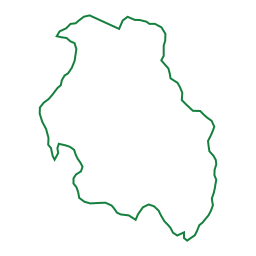 the district of Sarutaiá, São Paulo, Brazil
{"feature_id": "56859067B35433885833461", "entity_name": "Sarutaiá", "entity_type": "district", "adm_level": 2, "iso_a3": "BRA", "parent_name": "Brazil", "parent_adm1": "São Paulo", "projection": "orthographic", "projection_center": [-49.482, -23.259], "detail": "fine", "context": "isolated", "style": "outline", "palette": "green", "viewbox_px": 256, "rotation_deg": 0, "n_neighbors": 0, "source": "geoboundaries", "source_scale": "gbopen_adm2", "svg_char_len": 1567}
<svg xmlns="http://www.w3.org/2000/svg" viewBox="0 0 256 256"><path d="M187.2,240.6L190.8,238.0L194.8,235.3L197.2,230.5L199.3,225.2L202.5,222.6L205.5,218.9L208.6,215.2L210.9,210.8L212.9,205.3L211.8,198.6L213.9,192.5L214.8,188.2L215.5,184.0L216.3,179.8L214.4,175.2L214.6,169.7L216.3,164.4L215.8,160.0L213.5,155.8L209.4,151.3L208.6,146.1L208.0,141.0L211.0,135.1L212.7,131.1L214.3,126.7L211.6,120.8L207.2,117.7L203.6,114.5L200.2,111.0L192.9,110.8L186.0,104.3L181.8,100.1L182.3,92.8L179.9,87.0L177.5,82.8L170.5,78.3L169.9,74.2L168.4,68.5L161.3,60.4L163.7,55.8L163.7,50.5L163.7,45.7L165.2,40.7L165.4,33.8L161.5,27.4L155.0,23.9L149.5,23.9L146.3,21.6L139.5,20.0L134.8,19.9L127.6,16.8L122.7,20.5L119.1,28.9L89.6,15.4L83.9,16.7L78.9,20.5L75.6,23.3L70.5,23.9L66.2,28.3L59.7,31.3L56.7,36.2L61.7,37.3L66.6,38.0L70.3,41.3L74.5,43.1L76.4,49.1L75.3,56.0L74.7,60.6L71.8,67.8L68.0,73.4L64.6,75.5L61.8,80.3L60.8,85.2L57.4,88.1L52.8,94.2L48.7,99.0L43.7,102.7L39.9,107.5L39.7,113.6L42.3,121.9L46.1,129.0L48.5,137.9L48.2,144.7L51.0,148.2L52.7,156.0L54.6,159.7L58.2,153.1L57.4,148.2L58.8,143.8L65.7,145.4L69.9,146.8L74.1,149.8L75.8,155.0L77.7,158.8L80.5,162.8L82.5,166.7L81.0,171.3L76.0,174.5L73.5,178.3L73.5,183.5L76.5,187.3L78.2,192.3L79.2,197.9L84.5,201.8L90.3,203.4L100.0,202.9L105.4,202.7L111.6,205.5L114.3,208.7L116.9,212.6L120.6,214.4L128.8,215.4L135.6,219.8L138.0,214.3L142.9,207.3L148.6,204.5L153.9,206.2L158.6,210.6L161.1,215.7L164.5,221.4L167.7,224.6L170.5,227.9L173.0,232.7L177.2,235.5L184.0,232.4L184.0,238.0L187.2,240.6Z" fill="none" stroke="#15803d" stroke-width="2"/></svg>